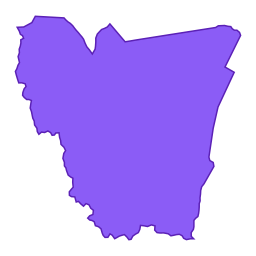 outline of Filadélfia, Bahia, Brazil
{"feature_id": "56859067B92163850644404", "entity_name": "Filadélfia", "entity_type": "district", "adm_level": 2, "iso_a3": "BRA", "parent_name": "Brazil", "parent_adm1": "Bahia", "projection": "robinson", "projection_center": [-40.167, -10.734], "detail": "fine", "context": "isolated", "style": "filled", "palette": "violet", "viewbox_px": 256, "rotation_deg": 0, "n_neighbors": 0, "source": "geoboundaries", "source_scale": "gbopen_adm2", "svg_char_len": 2276}
<svg xmlns="http://www.w3.org/2000/svg" viewBox="0 0 256 256"><path d="M17.2,27.3L19.3,31.1L20.4,34.3L22.5,35.6L23.6,38.3L20.8,39.8L20.9,43.0L20.3,46.1L19.2,49.2L19.4,52.8L18.1,56.6L18.8,59.7L19.5,62.6L18.0,65.2L16.8,68.9L15.4,71.4L16.4,75.3L17.7,79.6L18.8,82.9L21.8,82.8L25.2,83.8L26.0,86.6L24.2,88.7L22.9,92.4L22.6,95.3L24.2,97.4L26.7,99.5L29.0,99.5L31.4,100.5L30.8,103.9L30.2,108.1L31.5,111.7L32.2,115.3L32.8,118.2L34.2,121.0L34.6,125.0L36.9,128.2L37.3,131.6L38.9,134.3L41.5,132.1L44.6,132.5L47.9,131.0L50.6,132.6L52.1,135.3L54.4,135.0L55.8,133.0L59.0,132.8L59.6,137.4L60.6,140.5L61.0,144.4L64.0,147.3L65.6,150.6L63.8,153.4L62.9,158.4L64.4,162.3L64.4,165.9L65.9,167.9L66.5,170.5L68.2,175.1L70.8,177.1L72.9,178.2L72.7,182.2L73.2,187.2L71.5,189.1L69.3,191.8L69.4,195.3L71.4,196.6L74.8,196.9L75.5,199.4L76.2,202.0L78.5,201.4L80.8,203.9L83.5,206.2L86.0,203.6L89.0,204.8L90.8,208.3L93.4,210.3L92.9,214.5L89.7,215.8L87.7,218.1L89.7,220.0L92.0,220.5L94.2,221.7L95.4,225.7L98.5,226.7L101.0,228.8L102.2,233.0L103.2,235.4L105.0,237.4L107.9,237.3L110.0,233.9L112.2,235.2L114.7,238.7L116.9,237.5L119.3,236.1L121.8,235.3L124.4,234.6L126.9,237.0L128.9,239.7L131.1,239.3L132.8,236.1L135.4,234.2L138.3,232.6L139.8,229.4L140.5,225.4L144.1,225.8L147.5,226.5L151.4,224.9L155.0,225.9L154.7,230.1L157.0,232.6L160.2,233.0L163.6,232.9L168.3,233.8L170.9,235.8L173.5,235.3L176.5,234.6L179.4,234.3L182.1,235.7L183.7,238.3L186.4,239.6L190.4,238.8L193.7,238.8L191.3,236.4L191.2,232.6L193.4,229.4L193.9,226.7L193.9,223.6L193.9,220.4L195.6,218.3L197.9,216.5L198.6,213.4L199.0,210.3L199.2,207.0L199.2,203.7L200.1,200.9L200.0,197.8L200.5,194.2L200.7,190.5L201.7,186.7L204.0,183.8L205.7,180.8L213.9,166.4L213.2,162.5L209.8,160.5L208.9,157.1L213.2,128.2L218.0,107.0L234.2,72.3L225.0,67.0L240.6,35.4L239.5,32.4L236.9,30.2L234.4,30.2L232.3,28.8L230.8,26.6L228.0,26.3L224.5,25.5L218.3,25.8L215.7,27.5L170.3,34.6L139.2,39.5L134.9,40.2L129.6,41.1L125.1,41.8L109.9,23.9L107.3,27.0L104.5,28.4L101.6,29.5L99.4,31.8L97.3,34.1L95.8,38.1L95.8,42.2L95.5,46.4L95.1,49.2L92.3,54.0L89.4,49.9L86.8,46.8L85.0,43.0L83.6,39.3L82.0,37.0L80.0,34.7L78.3,32.6L76.3,30.4L74.6,28.3L72.7,25.7L70.3,23.4L68.0,21.9L65.8,19.9L64.0,17.9L35.3,16.3L31.9,22.6L23.7,27.0L17.2,27.3Z" fill="#8b5cf6" stroke="#5b21b6" stroke-width="1.5"/></svg>